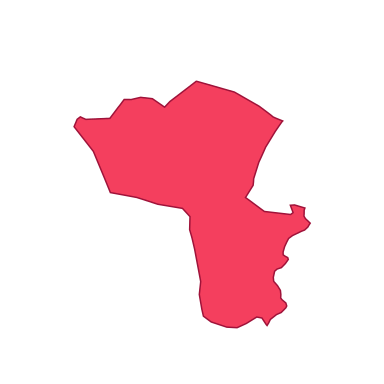 Assalaya, Eastern Darfur, Sudan (Albers equal-area conic projection), rotated 296°
{"feature_id": "16777658B59060398252798", "entity_name": "Assalaya", "entity_type": "district", "adm_level": 2, "iso_a3": "SDN", "parent_name": "Sudan", "parent_adm1": "Eastern Darfur", "projection": "albers", "projection_center": [26.009, 11.71], "detail": "fine", "context": "isolated", "style": "filled", "palette": "rose", "viewbox_px": 384, "rotation_deg": 296, "n_neighbors": 0, "source": "geoboundaries", "source_scale": "gbopen_adm2", "svg_char_len": 1896}
<svg xmlns="http://www.w3.org/2000/svg" viewBox="0 0 384 384"><g transform="rotate(296 192 192)"><path d="M293.8,147.5L282.7,142.0L263.9,132.6L263.7,132.5L256.3,130.2L256.3,129.8L258.5,115.5L256.2,108.9L255.4,106.8L254.6,104.4L249.9,98.6L248.5,96.9L248.0,95.9L247.8,95.6L247.8,95.4L245.4,90.5L242.9,90.0L240.7,89.6L238.1,89.1L236.0,88.6L222.2,85.9L221.1,84.0L220.2,82.2L219.5,81.0L217.2,76.7L215.9,74.3L215.6,73.8L213.1,69.1L210.7,64.7L210.7,64.4L210.7,63.0L210.6,61.7L210.6,61.1L210.6,60.2L210.6,59.5L210.6,58.8L210.6,58.7L207.0,56.9L204.9,57.0L204.2,57.1L202.0,57.2L199.0,57.4L185.3,85.5L166.0,107.4L155.7,118.9L158.7,129.6L159.9,133.9L162.9,144.8L166.0,166.6L173.1,190.6L169.0,201.0L157.1,206.4L151.8,211.2L150.3,212.5L141.8,219.4L130.5,227.8L123.8,232.8L115.3,239.1L103.1,243.5L91.0,252.2L85.4,256.7L83.6,266.2L85.8,282.5L89.8,292.0L97.7,298.5L108.0,305.0L109.4,310.1L105.4,316.8L104.9,318.0L107.9,318.3L111.8,318.3L118.9,321.7L122.8,325.0L129.0,327.1L131.1,327.1L133.4,325.0L134.6,320.2L135.6,318.2L138.8,316.8L142.3,314.6L145.3,309.9L147.5,304.6L150.9,302.5L157.0,301.0L160.1,302.3L163.2,305.5L168.6,307.3L173.6,308.1L175.0,306.8L175.1,303.8L175.5,301.5L178.0,300.2L183.5,299.2L188.5,299.1L192.6,299.2L197.0,301.5L204.7,307.6L207.2,309.9L211.3,311.5L213.2,311.6L215.8,311.9L217.8,305.6L219.4,303.2L221.6,302.3L224.8,300.8L227.1,300.5L225.8,292.8L225.8,292.6L225.6,291.5L225.3,289.8L223.2,286.2L217.8,291.9L217.7,291.9L217.3,291.7L215.0,290.5L209.5,274.9L207.6,269.5L207.0,267.8L206.2,265.5L206.3,265.1L210.5,242.5L217.3,243.2L224.8,244.0L227.9,242.9L231.0,241.6L231.7,241.5L241.5,240.0L246.8,239.2L248.2,239.0L253.6,238.9L260.0,238.7L265.0,238.5L265.4,238.6L283.1,240.3L288.5,241.1L289.2,241.2L294.2,242.0L294.4,242.0L295.6,242.4L295.6,242.2L295.1,235.2L295.0,232.0L295.7,229.2L298.5,214.9L300.4,186.3L293.5,147.5L293.8,147.5Z" fill="#f43f5e" stroke="#9f1239" stroke-width="1.5"/></g></svg>